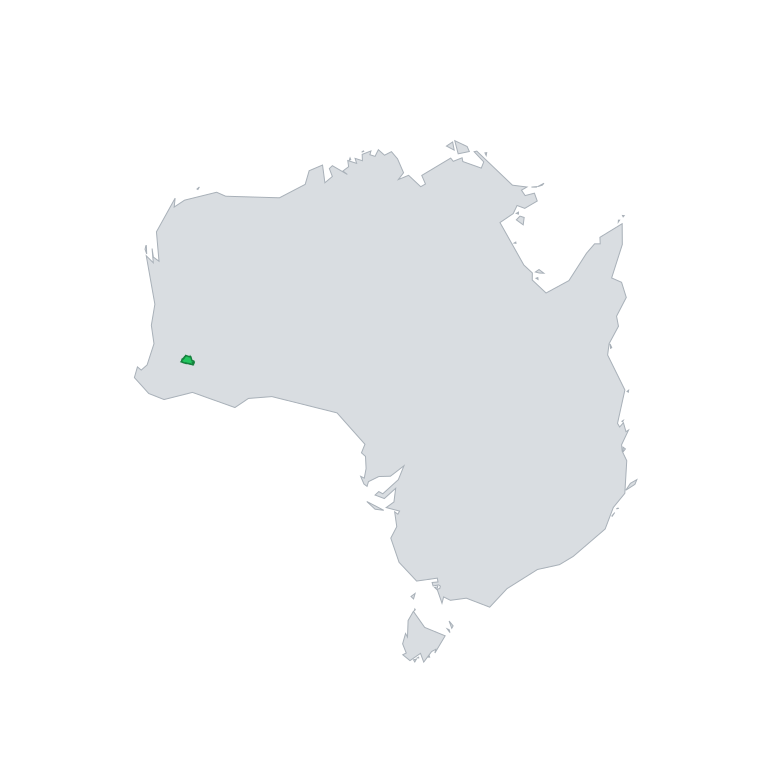 location of Narembeen, Western Australia, Australia, rotated 19°
{"feature_id": "25037944B21858000962433", "entity_name": "Narembeen", "entity_type": "district", "adm_level": 2, "iso_a3": "AUS", "parent_name": "Australia", "parent_adm1": "Western Australia", "projection": "albers", "projection_center": [118.572, -32.022], "detail": "fine", "context": "in_parent", "style": "filled", "palette": "green", "viewbox_px": 768, "rotation_deg": 19, "n_neighbors": 0, "source": "geoboundaries", "source_scale": "gbopen_adm2", "svg_char_len": 5486}
<svg xmlns="http://www.w3.org/2000/svg" viewBox="0 0 768 768"><g transform="rotate(19 384 384)"><path d="M563.9,174.5L564.7,209.6L575.5,210.5L584.9,223.3L581.8,244.2L586.9,253.1L583.7,272.6L586.0,283.8L613.7,311.2L617.6,345.2L620.8,347.9L623.0,342.7L628.3,350.3L630.2,347.9L628.4,364.1L631.1,370.0L638.5,377.5L647.3,409.0L641.0,426.1L640.3,449.1L619.1,485.3L608.7,497.7L589.5,509.4L566.9,537.5L556.6,560.6L531.6,559.7L517.2,566.9L509.7,565.9L510.2,572.4L501.1,560.8L503.3,559.2L503.1,556.8L501.0,556.2L496.2,559.0L494.1,556.0L499.5,553.6L497.6,550.2L479.0,559.7L456.3,547.7L440.6,527.5L442.5,514.7L435.7,501.4L439.5,502.6L440.1,499.1L426.3,500.1L431.8,492.3L429.0,478.8L421.6,492.2L411.7,491.9L414.1,487.4L418.6,488.2L428.7,469.8L429.5,454.8L420.1,469.1L409.2,473.2L401.1,481.4L401.3,486.3L397.6,485.1L392.0,478.9L396.0,479.4L394.6,469.8L390.1,458.5L385.1,456.4L385.6,447.2L349.0,426.6L282.1,432.4L260.5,441.8L250.7,454.8L205.6,454.3L181.1,470.3L164.7,469.6L145.9,459.2L145.3,448.1L149.9,449.9L153.8,443.1L153.4,420.8L144.9,404.2L141.4,383.2L117.5,340.2L126.4,344.5L120.6,331.4L124.6,339.1L131.3,341.2L119.3,314.2L126.0,276.3L128.0,285.0L135.6,275.1L163.3,257.2L173.2,258.0L224.5,242.0L244.5,220.9L243.8,206.7L254.6,197.0L262.6,213.0L267.6,204.6L262.2,198.1L264.1,194.4L281.1,197.8L275.8,196.0L279.8,190.1L277.0,184.5L286.3,184.3L283.2,180.1L290.9,179.9L288.6,174.0L295.8,167.9L296.0,171.8L301.4,171.7L302.4,164.3L310.0,167.5L315.4,161.9L323.5,166.7L333.7,177.9L331.0,186.0L339.3,178.7L354.5,185.5L358.1,181.4L351.8,174.5L373.5,148.7L377.0,150.9L384.2,144.7L386.1,148.0L405.7,148.2L406.0,141.5L393.6,135.0L395.9,133.6L440.7,154.2L455.0,151.2L450.9,156.0L456.1,159.9L464.1,154.6L469.3,161.1L459.9,172.1L451.7,171.9L450.7,180.8L441.1,193.6L477.5,226.0L488.1,230.7L490.3,237.4L507.6,245.2L525.2,226.0L532.9,194.4L537.5,182.9L542.8,181.1L540.4,175.0L557.0,154.9L563.9,174.5ZM485.8,589.4L501.7,600.9L523.8,602.2L519.7,621.8L519.3,618.0L516.1,621.5L512.1,634.0L506.2,626.8L498.6,637.1L489.9,633.9L492.6,631.1L486.2,623.6L485.6,612.9L488.6,615.6L483.8,599.8L485.8,589.4ZM371.7,130.9L385.3,132.4L389.0,136.4L379.2,142.2L371.7,130.9ZM406.0,500.7L424.9,503.5L416.3,505.3L406.0,500.7ZM462.3,180.9L463.8,188.2L455.7,185.7L457.9,181.0L462.3,180.9ZM647.2,405.7L649.3,397.7L654.2,392.1L653.9,397.2L647.2,405.7ZM522.7,586.9L528.1,590.2L527.6,592.9L522.7,586.9ZM370.1,132.8L374.2,140.0L365.6,138.7L370.1,132.8ZM481.9,577.6L478.7,576.1L481.6,571.9L481.9,577.6ZM499.1,227.2L494.8,228.5L490.7,228.8L493.3,225.3L499.1,227.2ZM117.3,338.3L114.2,334.4L113.8,330.7L114.2,330.5L117.3,338.3ZM525.6,595.1L527.3,597.6L523.4,594.9L525.6,595.1ZM630.6,365.9L633.4,366.8L632.2,370.2L630.6,365.9ZM584.7,272.5L587.5,275.5L586.6,276.5L584.7,272.5ZM504.2,633.6L503.6,636.8L501.7,635.2L504.2,633.6ZM644.0,430.4L642.8,434.8L642.4,434.6L644.0,430.4ZM406.2,134.7L404.2,132.6L405.8,131.8L406.2,134.7ZM468.9,144.5L465.1,147.3L469.9,142.1L468.9,144.5ZM646.1,425.4L644.3,426.4L645.7,425.1L646.1,425.4ZM463.0,208.0L461.1,208.4L462.4,206.9L463.0,208.0ZM455.8,179.6L453.5,179.6L455.2,177.7L455.8,179.6ZM145.3,257.8L144.7,260.7L143.7,260.5L145.3,257.8ZM553.4,152.4L552.8,154.7L552.3,152.8L553.4,152.4ZM500.7,557.4L500.8,559.0L500.3,558.4L500.7,557.4ZM464.1,148.2L459.3,149.8L464.3,147.6L464.1,148.2ZM289.1,170.6L287.4,172.1L288.6,170.3L289.1,170.6ZM506.0,631.7L504.8,632.0L505.7,631.0L506.0,631.7ZM495.6,235.0L493.3,234.5L494.8,233.3L495.6,235.0ZM279.5,182.7L278.3,183.5L278.3,181.3L279.5,182.7ZM516.1,627.4L514.4,627.9L515.3,626.3L516.1,627.4ZM556.3,146.6L555.7,148.1L554.6,147.0L556.3,146.6ZM499.3,559.2L500.5,561.0L498.1,559.9L499.3,559.2ZM617.7,312.2L616.2,311.9L617.3,310.2L617.7,312.2ZM621.9,342.0L621.1,341.8L622.1,340.5L621.9,342.0ZM487.1,587.3L486.5,588.3L486.4,586.7L487.1,587.3Z" fill="#d9dde1" stroke="#a8b0b8" stroke-width="1"/><path d="M185.2,428.3L185.2,428.6L185.0,429.0L185.4,429.0L185.5,429.0L185.9,428.9L186.4,428.9L186.6,428.9L186.6,429.1L186.8,429.1L187.0,429.1L187.5,429.1L187.8,429.1L188.0,429.1L188.5,429.1L188.8,429.0L188.9,428.9L189.0,428.9L189.3,428.9L189.4,429.0L189.5,429.0L189.8,429.0L190.3,429.0L190.4,428.8L190.3,428.6L191.1,428.6L191.3,428.6L191.6,428.5L191.9,428.5L192.0,428.5L192.6,428.3L192.8,428.4L193.4,428.3L193.9,428.4L194.1,428.4L194.1,428.0L194.3,428.0L195.2,428.1L196.5,428.1L196.8,428.1L197.2,428.1L197.4,427.9L197.2,427.7L196.9,427.3L196.8,427.1L196.2,426.4L196.6,426.4L196.9,426.4L197.2,426.4L197.5,426.4L197.5,426.1L197.4,426.1L197.4,425.1L197.1,425.1L196.9,425.1L196.9,424.9L196.9,424.7L196.7,424.4L196.5,424.5L196.3,424.5L196.3,424.4L196.2,424.3L195.7,424.3L194.9,424.4L194.6,424.0L194.3,423.8L194.2,423.6L194.0,423.4L193.9,423.2L193.7,422.9L193.5,422.7L193.4,422.6L193.3,422.4L193.2,422.3L193.2,422.2L193.0,421.9L192.9,421.8L192.8,421.7L192.7,421.5L192.5,421.2L192.4,421.2L192.2,421.2L191.9,421.3L191.8,421.2L191.8,421.3L191.6,421.4L191.6,421.5L191.2,421.6L190.8,421.6L190.5,421.6L190.3,421.6L190.0,421.6L189.8,421.6L189.6,421.6L189.4,421.6L189.1,421.6L188.9,421.6L188.7,421.6L188.4,421.6L188.2,421.6L187.8,421.6L187.5,421.6L187.3,421.6L187.3,421.9L187.2,421.9L187.2,422.0L187.2,422.3L187.2,422.5L186.9,422.7L186.9,422.9L186.9,423.0L186.7,423.0L186.5,423.3L186.5,423.5L186.5,423.9L186.5,424.3L186.5,424.6L186.4,424.6L186.2,424.6L186.2,424.8L186.2,425.2L185.9,425.2L185.9,425.3L185.9,425.5L185.9,425.8L185.6,425.8L185.6,426.0L185.4,426.1L185.3,426.3L185.1,426.3L185.1,426.7L185.1,427.2L185.2,427.3L185.1,427.5L185.2,428.3Z" fill="#22c55e" stroke="#15803d" stroke-width="1.5"/></g></svg>